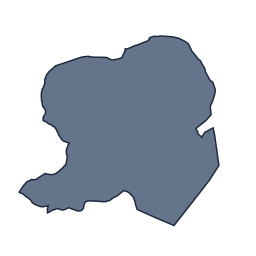 San Andrés Tenejapan, Veracruz, Mexico, rotated 100°
{"feature_id": "50627088B12638306818283", "entity_name": "San Andrés Tenejapan", "entity_type": "district", "adm_level": 2, "iso_a3": "MEX", "parent_name": "Mexico", "parent_adm1": "Veracruz", "projection": "robinson", "projection_center": [-97.088, 18.772], "detail": "fine", "context": "isolated", "style": "filled", "palette": "slate", "viewbox_px": 256, "rotation_deg": 100, "n_neighbors": 0, "source": "geoboundaries", "source_scale": "gbopen_adm2", "svg_char_len": 3806}
<svg xmlns="http://www.w3.org/2000/svg" viewBox="0 0 256 256"><g transform="rotate(100 128 128)"><path d="M206.6,104.9L209.1,94.9L210.3,90.3L210.4,89.8L211.3,86.2L211.5,85.5L212.0,83.4L212.1,82.9L213.2,78.2L213.5,76.6L214.3,73.3L214.5,72.4L216.0,66.1L216.1,65.8L215.9,65.7L215.0,65.2L210.9,63.0L208.2,61.6L205.9,60.3L204.9,59.8L203.6,59.1L201.6,58.0L199.5,56.9L197.4,55.8L195.3,54.7L194.0,54.0L193.8,53.9L192.1,53.0L190.6,52.1L189.4,51.5L187.1,50.3L185.1,49.3L182.8,48.0L180.7,46.9L179.0,46.0L177.3,45.1L174.3,43.5L173.5,43.1L172.7,42.7L171.6,42.1L169.4,41.0L165.7,38.9L164.7,38.5L159.1,36.2L154.4,34.2L149.1,32.0L148.1,32.3L145.9,33.0L143.4,33.9L141.0,34.6L137.9,35.6L135.4,36.4L129.9,38.2L129.1,38.5L125.6,39.6L120.3,41.3L115.0,43.4L113.1,44.1L114.4,45.9L115.3,47.0L116.9,49.0L117.8,50.1L118.7,51.4L120.6,52.4L122.2,52.8L124.2,53.8L123.8,54.0L123.4,54.1L123.4,54.9L123.0,56.0L121.6,57.8L121.3,58.2L120.9,58.5L119.7,58.8L119.5,58.6L119.4,58.7L119.2,58.9L118.0,60.3L116.7,61.1L111.2,56.2L107.2,52.6L106.3,52.0L105.3,51.4L102.6,49.8L100.6,48.5L99.7,48.7L97.7,49.2L96.1,49.7L92.6,50.7L89.2,50.0L87.3,49.5L86.4,49.3L84.2,49.0L81.3,48.6L80.0,48.5L78.2,48.5L77.3,48.6L75.2,48.6L74.7,48.9L69.0,52.0L68.1,52.5L66.8,55.5L66.0,56.1L59.3,61.4L55.7,62.9L52.4,66.1L51.6,66.6L50.8,67.1L49.1,68.4L47.6,71.4L47.1,71.8L45.8,73.0L43.8,75.4L41.4,78.3L37.5,81.1L34.5,83.2L32.7,87.2L31.3,91.9L30.8,93.5L30.5,100.2L31.0,105.5L31.6,110.9L32.6,114.4L33.3,118.7L35.2,122.3L36.6,122.7L37.2,122.4L39.0,123.9L42.0,129.1L44.3,132.7L45.3,134.7L46.2,136.4L48.3,139.3L50.2,142.6L50.5,144.4L54.1,144.6L57.1,145.7L59.1,145.8L61.3,148.7L62.5,151.7L63.9,155.8L62.2,161.3L62.7,164.6L63.2,168.1L63.9,172.2L64.4,175.8L64.3,179.6L66.0,185.5L68.1,189.5L69.9,192.7L73.5,199.4L74.3,200.7L76.2,204.3L79.3,210.1L86.4,215.7L90.2,217.5L94.7,218.4L95.9,218.1L97.3,217.8L99.3,217.9L101.4,218.1L103.1,218.5L105.1,219.3L107.0,219.3L108.3,219.4L111.4,219.0L113.7,218.4L116.3,217.8L118.4,216.7L120.3,216.3L122.0,215.3L123.2,213.8L124.5,212.7L125.7,212.2L126.9,211.8L128.6,212.0L130.6,212.9L132.2,213.5L132.7,213.3L134.0,213.1L134.9,213.0L135.6,212.5L136.3,209.2L137.4,207.6L137.8,206.2L138.0,205.5L138.1,205.0L138.2,204.2L139.2,202.5L139.5,202.0L139.6,201.0L139.6,200.6L140.9,199.5L140.9,199.4L142.0,198.4L142.7,197.9L143.6,197.2L146.0,195.5L147.3,194.7L147.6,194.4L149.4,192.7L150.1,192.1L151.9,189.8L152.0,189.6L152.3,188.0L152.6,186.7L152.7,185.9L153.0,183.2L156.3,184.3L158.5,184.6L160.8,184.9L163.6,184.3L164.6,183.9L165.0,183.7L167.3,182.7L172.3,182.8L174.6,182.8L178.9,185.7L179.6,186.2L183.0,188.9L183.8,189.7L185.7,191.5L186.2,192.6L186.7,193.4L187.4,196.4L187.4,198.1L187.4,198.4L187.4,200.1L187.1,201.6L191.0,205.8L191.2,206.1L194.3,209.4L194.9,210.1L195.4,212.7L195.3,213.8L195.9,214.6L196.4,215.2L197.5,216.4L197.7,217.4L198.5,218.2L202.5,220.7L203.0,220.9L206.2,222.5L208.2,223.2L210.1,224.0L210.8,222.5L210.9,220.5L213.0,217.0L213.6,215.8L214.1,214.5L215.0,212.6L216.6,210.6L218.1,209.4L219.3,207.0L220.2,203.2L220.6,200.8L220.4,198.2L219.7,196.4L219.4,195.7L218.4,193.1L221.5,193.4L225.5,192.5L224.4,190.8L223.2,189.6L222.2,188.3L221.8,187.6L221.3,186.4L220.2,184.8L219.6,183.9L219.7,182.4L220.2,179.8L220.0,177.4L219.7,176.9L219.6,176.7L219.2,176.0L218.3,174.6L216.8,172.8L217.5,169.0L218.5,162.7L218.4,162.3L217.3,159.4L215.7,158.5L214.7,157.9L210.9,158.0L210.0,157.7L207.9,157.0L207.1,155.2L206.6,153.9L206.3,152.0L206.0,150.3L205.8,148.5L205.3,143.6L204.6,137.7L202.4,133.2L201.4,132.3L199.1,130.3L198.4,129.2L196.9,127.1L196.0,126.3L193.7,124.3L193.1,123.8L191.1,121.9L190.5,121.4L190.5,120.2L190.6,119.5L191.1,116.7L192.0,115.3L192.2,115.0L193.7,112.7L194.5,111.5L196.1,110.1L198.0,109.1L199.9,108.1L201.0,107.5L202.3,107.2L203.9,106.3L205.2,105.5L205.9,105.2L206.6,104.9Z" fill="#64748b" stroke="#1e293b" stroke-width="1.5"/></g></svg>